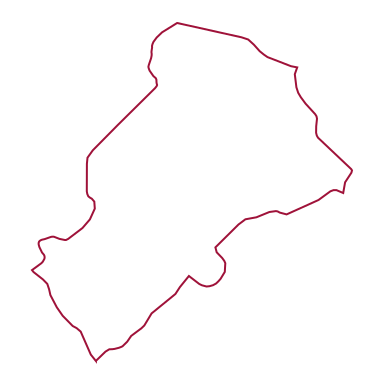 map outline of Managua (orthographic projection)
{"feature_id": "NIC-659", "entity_name": "Managua", "entity_type": "Department", "adm_level": 1, "iso_a3": "NIC", "parent_name": "Nicaragua", "parent_adm1": "", "projection": "orthographic", "projection_center": [-86.332, 12.202], "detail": "fine", "context": "isolated", "style": "outline", "palette": "rose", "viewbox_px": 384, "rotation_deg": 0, "n_neighbors": 0, "source": "natural_earth", "source_scale": "10m", "svg_char_len": 1800}
<svg xmlns="http://www.w3.org/2000/svg" viewBox="0 0 384 384"><path d="M95.9,361.0L90.8,354.6L80.7,331.6L76.6,328.1L72.7,326.0L62.7,315.8L56.8,307.3L50.4,295.1L49.1,289.3L47.3,283.9L42.9,279.4L33.6,272.1L32.0,270.1L41.4,263.2L42.8,261.7L44.4,258.8L44.6,257.8L44.6,256.8L44.3,255.5L43.8,254.6L42.0,252.5L39.4,247.1L38.8,245.0L38.6,243.9L38.7,242.7L39.0,241.8L39.6,241.0L40.6,240.3L42.0,239.7L44.7,239.1L50.4,237.1L51.4,236.8L52.5,236.7L53.4,236.7L54.1,236.8L59.5,238.9L64.9,240.0L66.0,240.0L68.2,238.9L82.5,228.0L89.9,219.4L94.8,208.6L94.3,201.6L91.8,198.7L89.9,197.6L88.3,196.3L87.3,194.0L86.8,191.3L86.9,163.8L87.5,157.7L92.8,150.3L118.1,124.7L155.1,88.1L156.6,86.2L157.1,85.0L156.7,83.6L156.5,82.3L156.4,79.8L156.1,78.9L155.7,78.1L153.4,76.1L149.7,70.8L149.3,69.9L148.6,67.9L148.4,66.8L148.8,65.0L151.1,58.2L151.6,55.7L151.7,53.9L151.5,52.8L151.5,51.4L152.1,47.4L152.0,46.0L152.5,44.1L153.5,41.8L156.7,37.5L162.1,32.3L177.1,23.0L241.5,37.3L248.2,39.5L253.9,44.7L259.7,51.2L263.9,54.6L267.5,57.1L291.0,66.2L297.2,67.4L294.8,74.2L296.4,87.3L298.2,92.8L300.8,97.2L305.6,103.7L315.2,114.2L316.5,116.3L317.0,118.7L316.2,126.3L316.1,132.8L316.8,135.6L318.0,137.7L351.2,169.1L352.0,170.4L351.4,172.7L345.1,182.3L343.2,193.0L336.4,190.1L333.6,190.1L330.4,191.3L318.5,200.0L286.6,214.4L279.8,212.6L277.8,211.5L277.1,211.3L275.9,211.1L269.4,212.0L256.4,217.3L245.4,219.3L238.5,224.5L215.4,247.4L216.7,252.3L222.2,258.0L224.3,260.9L225.3,263.2L224.8,271.9L220.6,278.8L218.4,281.3L216.1,283.5L213.0,285.2L209.5,286.2L206.5,286.5L202.0,285.3L199.3,284.0L188.9,276.0L179.9,287.1L175.4,294.0L151.6,313.4L144.3,325.5L141.5,328.2L131.2,335.9L127.2,341.7L122.5,346.3L121.0,347.0L118.9,347.8L114.6,348.9L112.3,349.2L109.3,349.3L105.5,351.6L95.9,360.9L95.9,361.0Z" fill="none" stroke="#9f1239" stroke-width="2"/></svg>